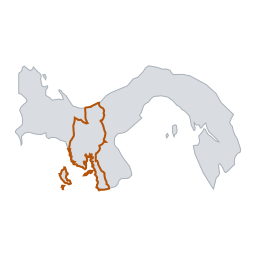 Panama, with Veraguas highlighted
{"feature_id": "PAN-1341", "entity_name": "Veraguas", "entity_type": "Province", "adm_level": 1, "iso_a3": "PAN", "parent_name": "Panama", "parent_adm1": "", "projection": "equal_earth", "projection_center": [-81.249, 8.046], "detail": "fine", "context": "in_parent", "style": "outline", "palette": "amber", "viewbox_px": 256, "rotation_deg": 0, "n_neighbors": 0, "source": "natural_earth", "source_scale": "10m", "svg_char_len": 8218}
<svg xmlns="http://www.w3.org/2000/svg" viewBox="0 0 256 256"><path d="M233.6,114.6L232.9,115.3L230.8,119.4L229.6,122.9L232.4,126.6L233.2,130.6L234.8,134.8L237.3,139.1L240.0,147.1L240.6,150.3L239.9,152.4L237.3,153.6L234.9,157.4L234.2,161.9L234.7,164.2L227.5,171.4L225.6,172.6L224.4,171.5L222.8,167.9L221.0,164.9L220.0,163.9L219.4,163.8L218.8,164.5L218.6,166.1L219.5,172.9L218.7,175.7L216.3,177.8L213.5,189.0L212.4,187.6L203.1,172.6L195.0,154.1L193.3,145.7L195.4,145.2L197.4,145.4L198.5,144.1L199.7,141.6L198.7,136.0L202.6,131.7L204.0,128.8L205.1,129.1L207.7,134.0L211.4,136.9L216.0,141.0L218.8,141.9L215.2,137.6L209.0,131.9L207.3,128.2L205.7,123.0L203.3,125.2L202.1,127.1L200.9,128.2L199.8,126.9L199.6,125.2L196.0,124.9L195.0,123.4L194.1,122.5L194.5,125.8L195.2,127.8L194.9,130.2L193.7,130.4L192.7,127.9L191.4,125.6L189.6,116.2L185.5,111.7L183.6,110.3L182.0,109.7L179.7,106.7L176.7,105.1L172.6,100.4L167.5,97.0L161.3,95.8L153.8,96.5L151.3,98.4L149.5,100.8L148.7,101.9L144.3,104.6L142.6,108.5L141.6,111.8L139.4,115.6L141.9,117.9L127.4,130.7L124.6,132.5L118.0,133.8L116.5,135.2L114.6,137.7L114.3,141.6L114.6,144.8L116.5,147.4L118.2,149.0L122.2,156.6L129.4,166.2L130.8,169.7L131.9,174.9L129.7,177.3L128.1,178.3L121.2,178.7L118.9,180.8L117.9,184.0L115.4,186.6L106.6,189.2L99.6,189.4L97.5,186.5L97.0,178.1L92.3,163.9L91.2,154.1L90.0,155.3L87.6,156.4L86.7,158.9L86.1,166.1L85.2,168.6L83.3,168.3L79.4,165.7L74.2,163.4L67.6,148.0L66.8,145.1L65.6,141.7L60.4,140.2L56.1,137.7L51.3,137.3L48.9,138.7L46.4,136.9L45.9,132.7L40.9,134.6L34.5,133.9L28.8,132.1L24.9,133.1L21.6,136.0L22.0,143.7L21.1,145.2L20.9,142.1L19.8,138.5L18.4,135.5L15.5,132.4L15.4,131.3L16.5,129.7L21.8,125.3L22.4,123.4L22.5,119.5L22.0,115.8L19.7,110.3L21.0,107.0L23.7,104.3L26.5,102.1L27.0,101.2L26.5,99.4L24.8,97.4L21.1,94.0L18.8,93.7L18.7,83.9L18.8,73.5L19.4,72.5L20.8,71.9L21.9,70.3L22.5,67.2L24.2,66.1L27.2,68.5L30.2,70.6L31.5,69.9L32.5,68.9L33.1,67.9L33.4,66.9L35.8,69.7L40.8,74.6L41.1,77.0L40.6,79.3L42.0,86.0L44.6,87.0L47.2,85.7L47.8,86.9L47.3,88.1L46.0,89.5L45.6,95.2L49.9,97.9L52.1,100.2L59.1,99.1L61.8,99.8L63.5,99.1L61.6,94.5L58.9,91.1L59.1,89.6L61.1,90.7L62.7,93.0L66.2,95.9L72.6,105.8L80.0,108.3L85.8,107.9L91.2,106.6L99.9,102.7L106.1,95.7L111.1,92.6L127.3,85.9L133.1,79.0L135.5,78.1L137.8,77.2L142.9,72.0L145.6,67.9L148.5,65.8L157.1,67.3L162.6,69.2L166.4,69.0L170.1,70.3L171.7,73.3L173.4,74.6L182.5,74.3L189.9,75.8L206.2,84.6L215.9,93.3L221.1,102.6L233.6,114.6ZM70.3,183.6L68.2,183.9L63.9,181.6L60.7,177.3L60.5,175.9L60.5,174.5L62.3,170.1L64.6,168.5L65.5,168.6L67.7,173.7L66.2,175.6L66.8,178.8L70.0,181.1L70.3,183.6ZM174.8,134.6L174.1,136.8L172.3,131.9L172.5,130.6L172.4,126.2L174.1,125.0L175.4,124.9L176.4,125.5L177.1,130.8L176.6,133.1L174.8,134.6ZM46.1,77.1L45.6,79.5L42.7,75.1L44.4,74.4L45.1,74.5L46.1,77.1ZM168.4,135.6L166.7,137.9L166.0,135.7L167.2,133.5L167.6,133.5L168.4,135.6Z" fill="#d9dde1" stroke="#a8b0b8" stroke-width="1"/><path d="M85.4,107.7L86.9,107.4L88.6,107.2L90.3,106.8L90.6,107.0L90.9,106.9L91.3,106.6L91.6,106.1L94.6,104.7L97.6,103.1L98.2,102.8L99.0,102.8L99.0,103.3L99.0,104.5L99.2,105.0L99.4,105.5L99.8,106.2L100.1,106.5L100.8,107.1L101.5,107.5L102.1,107.8L102.6,108.1L102.9,108.3L103.7,109.5L103.9,110.1L104.1,110.9L104.0,111.7L103.7,112.3L103.6,112.9L103.8,113.9L103.9,114.3L104.2,114.6L104.2,114.9L104.3,115.2L103.7,116.9L103.3,118.4L102.2,120.1L101.0,120.3L100.5,120.9L101.4,121.9L102.1,123.3L103.1,125.4L104.5,130.7L105.5,132.8L105.3,134.4L104.8,137.0L103.8,139.4L103.9,140.3L105.8,141.9L104.9,142.0L104.5,141.9L104.0,141.9L103.6,142.1L102.8,143.5L102.1,144.3L100.7,145.0L99.3,145.7L99.9,148.0L99.9,148.8L99.5,149.8L99.2,150.4L98.1,151.7L97.2,152.9L96.3,153.2L96.1,153.5L95.8,154.0L95.7,159.9L95.9,161.0L96.8,160.7L97.2,160.9L97.3,161.2L97.6,161.7L97.9,162.5L98.1,164.0L98.3,164.7L101.3,170.6L102.5,171.6L103.3,171.8L103.5,172.0L104.5,173.3L104.4,174.8L104.7,177.0L105.3,179.5L106.3,181.3L106.5,182.5L106.6,183.3L106.5,183.9L106.5,184.1L107.1,184.3L107.4,184.6L108.2,185.4L108.6,186.0L108.9,186.8L109.0,188.6L104.8,189.6L101.7,189.8L100.9,189.5L100.6,189.5L100.4,189.8L100.2,189.9L99.8,189.5L99.5,189.5L99.0,190.2L98.6,189.8L98.0,188.5L97.8,188.2L97.5,188.0L97.1,187.8L96.8,187.7L96.4,187.5L96.4,187.2L96.5,186.8L96.8,186.7L96.9,186.4L96.9,185.3L96.9,184.9L97.1,184.5L97.5,184.1L97.7,183.8L97.8,183.1L97.9,182.2L97.7,181.3L96.7,180.5L96.7,179.5L97.1,177.9L97.0,177.2L95.6,175.2L95.4,175.1L95.1,174.7L94.9,174.4L95.4,174.0L95.5,173.5L95.5,173.0L95.7,172.6L95.7,172.0L95.4,171.2L94.9,170.6L94.5,170.2L94.5,169.9L94.8,169.9L94.8,169.5L92.9,167.0L92.5,166.7L92.2,166.6L92.1,166.0L92.3,165.5L92.6,165.2L93.0,165.1L93.4,165.2L93.3,164.8L92.8,164.3L92.3,164.0L92.0,163.8L91.9,163.6L92.7,162.0L92.2,162.1L91.9,162.0L91.5,161.9L91.3,161.6L91.5,161.6L91.6,161.3L90.7,161.1L90.3,160.3L90.4,159.6L90.6,159.2L90.9,159.1L91.1,158.8L91.3,158.6L91.7,158.5L92.2,158.5L92.6,158.4L92.8,158.1L92.9,157.4L92.6,157.4L91.8,158.1L91.5,156.7L91.6,153.5L90.8,155.5L90.2,156.2L89.7,155.2L89.6,155.8L89.7,156.2L89.9,156.5L90.3,156.7L90.3,157.1L88.5,157.1L88.2,156.9L87.7,156.5L87.2,156.3L86.2,156.0L86.0,155.1L85.9,154.4L85.2,154.2L85.6,154.4L85.7,154.6L85.8,154.9L85.3,155.1L85.3,155.6L86.0,156.3L86.7,156.8L86.8,156.9L86.8,157.3L86.6,157.7L86.6,158.0L87.3,159.8L86.9,161.2L86.1,162.3L85.2,163.1L85.1,162.7L85.0,162.4L85.1,162.2L85.2,161.6L84.7,161.6L84.2,161.6L84.2,162.0L84.6,162.2L84.8,162.5L85.2,163.4L84.7,163.7L84.2,163.4L84.4,164.1L84.7,164.5L84.9,164.5L85.5,164.1L86.0,163.8L86.2,164.4L86.0,166.7L86.1,167.3L86.1,167.6L86.0,168.1L85.9,168.4L85.4,168.9L85.2,169.2L84.9,169.2L84.6,168.9L83.4,168.0L83.1,167.9L82.9,167.3L82.4,167.0L81.5,167.0L78.3,165.8L77.3,166.0L77.1,165.4L76.9,164.8L76.5,164.4L76.2,164.2L75.3,164.5L74.2,164.4L73.3,163.9L73.3,163.1L73.6,163.0L74.3,162.4L74.8,161.9L73.3,161.3L72.8,161.5L72.8,162.4L71.9,161.5L71.4,161.3L71.4,161.0L71.7,160.5L71.5,160.1L71.1,159.6L70.9,159.0L71.0,158.2L71.2,157.6L71.7,156.7L71.7,156.3L71.5,156.1L71.2,156.0L70.9,156.1L70.7,156.3L70.4,156.3L70.1,156.0L70.1,155.6L70.5,155.2L70.5,154.8L70.2,154.6L69.6,154.6L69.7,153.8L69.8,152.9L70.0,152.4L70.7,152.8L70.6,152.3L70.4,152.0L69.9,151.3L70.0,150.9L70.0,150.2L70.1,149.6L69.7,149.8L69.4,149.7L69.4,149.8L69.4,150.4L69.5,151.2L69.6,151.6L69.2,151.7L68.9,151.2L68.8,150.8L68.7,150.2L68.0,149.0L68.8,148.7L69.0,148.3L69.2,147.7L69.3,147.0L70.2,141.8L70.4,141.3L70.6,140.9L71.5,139.7L73.5,136.4L73.7,136.2L73.8,135.8L73.9,134.2L73.8,132.7L73.6,131.1L73.5,129.1L73.3,126.5L73.4,125.8L73.5,124.9L74.4,122.0L74.7,119.9L74.8,117.8L75.8,118.5L77.0,118.9L77.4,119.1L77.6,119.3L77.8,119.8L79.6,120.0L80.6,119.7L81.0,119.8L82.8,121.7L83.4,122.2L85.0,122.8L85.8,123.2L86.2,123.4L86.6,123.4L87.6,123.1L87.0,122.3L86.7,121.5L86.6,121.0L86.4,120.5L86.1,120.1L85.8,119.4L85.5,118.4L85.4,116.4L85.5,113.3L85.1,109.4L85.3,108.1L85.3,107.9L85.4,107.7ZM68.0,180.2L68.4,180.5L69.6,180.4L69.9,180.8L70.9,183.5L70.2,183.8L69.4,184.2L68.6,184.2L67.2,183.1L65.6,183.0L64.8,182.7L64.4,182.3L63.5,180.9L62.7,180.3L61.1,178.5L60.2,176.0L59.9,175.6L59.8,175.4L59.5,174.0L60.5,174.0L60.9,173.8L60.8,173.6L61.3,172.4L61.5,171.8L61.5,171.3L61.6,170.9L61.8,170.4L62.1,170.2L62.8,170.0L63.9,168.9L64.3,168.6L64.3,168.8L64.6,168.8L64.5,168.4L64.4,167.8L64.3,167.4L64.6,167.4L64.6,167.7L64.8,167.7L64.9,167.4L65.0,167.4L66.0,170.7L66.0,171.3L66.4,172.1L66.4,172.6L66.4,172.8L66.5,172.8L66.8,172.7L67.0,172.8L67.3,173.1L67.5,173.2L67.7,173.5L67.7,174.3L67.5,174.6L66.3,175.2L66.2,175.6L66.0,177.1L65.9,177.3L66.1,178.0L66.8,178.8L67.0,179.3L67.0,179.9L67.2,180.3L67.5,180.5L67.7,180.2L68.0,180.2ZM87.9,171.7L88.4,171.3L89.1,171.0L90.3,170.6L90.8,170.8L91.3,170.9L92.4,170.9L91.9,172.1L91.6,172.5L91.2,172.8L90.8,173.0L90.5,173.1L90.1,172.9L89.9,172.7L89.7,172.5L89.4,172.4L89.1,172.4L88.7,172.5L88.5,172.8L88.3,173.1L88.1,173.4L87.1,174.2L86.5,175.0L86.3,175.2L86.0,175.2L85.6,175.1L85.3,175.0L85.2,174.9L84.2,175.4L83.9,175.4L84.3,174.7L84.7,174.2L85.1,173.8L85.5,173.5L86.9,173.2L87.3,172.8L87.6,172.2L87.9,171.7ZM62.4,185.9L62.8,185.7L63.1,185.8L63.5,185.9L64.0,185.9L63.5,186.5L63.0,187.8L62.7,188.5L62.9,188.7L63.0,189.1L62.7,189.1L62.1,186.8L62.2,186.3L62.0,186.0L62.0,185.9L62.2,185.6L62.3,185.6L62.5,185.7L62.4,185.9Z" fill="none" stroke="#b45309" stroke-width="2"/></svg>